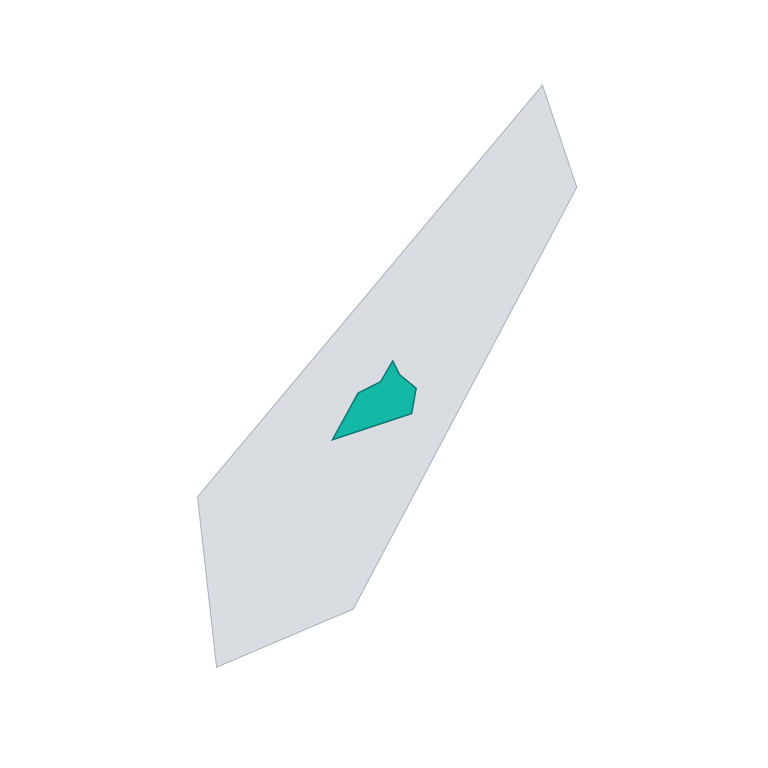 location of North Hill within Anguilla, rotated 150°
{"feature_id": "AIA-5118", "entity_name": "North Hill", "entity_type": "District", "adm_level": 1, "iso_a3": "AIA", "parent_name": "Anguilla", "parent_adm1": "", "projection": "robinson", "projection_center": [-63.07, 18.224], "detail": "fine", "context": "in_parent", "style": "filled", "palette": "teal", "viewbox_px": 768, "rotation_deg": 150, "n_neighbors": 0, "source": "natural_earth", "source_scale": "10m", "svg_char_len": 400}
<svg xmlns="http://www.w3.org/2000/svg" viewBox="0 0 768 768"><g transform="rotate(150 384 384)"><path d="M601.9,379.5L97.4,563.5L118.7,458.0L523.1,204.5L670.6,222.5L601.9,379.5Z" fill="#d9dde1" stroke="#a8b0b8" stroke-width="1"/><path d="M358.3,364.2L374.8,344.6L456.5,361.5L411.0,389.1L385.7,387.7L364.9,399.6L365.8,384.2L358.3,364.2Z" fill="#14b8a6" stroke="#0f766e" stroke-width="1.5"/></g></svg>